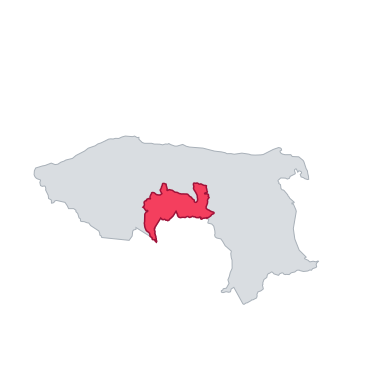 Ucayali highlighted on a map of Peru, rotated 122°
{"feature_id": "PER-583", "entity_name": "Ucayali", "entity_type": "Department", "adm_level": 1, "iso_a3": "PER", "parent_name": "Peru", "parent_adm1": "", "projection": "natural_earth1", "projection_center": [-73.422, -9.375], "detail": "fine", "context": "in_parent", "style": "filled", "palette": "rose", "viewbox_px": 384, "rotation_deg": 122, "n_neighbors": 0, "source": "natural_earth", "source_scale": "10m", "svg_char_len": 9427}
<svg xmlns="http://www.w3.org/2000/svg" viewBox="0 0 384 384"><g transform="rotate(122 192 192)"><path d="M261.3,113.2L261.2,114.2L260.1,114.8L259.0,114.0L257.5,114.2L255.3,111.9L249.8,112.2L247.5,115.0L243.9,115.6L240.0,116.9L235.5,117.5L228.6,121.9L227.0,123.8L223.8,126.4L221.3,127.3L220.0,135.4L217.5,140.1L216.5,142.7L217.9,146.6L217.8,148.6L216.4,150.1L215.3,150.3L212.9,152.0L209.4,155.5L208.7,158.3L209.9,161.9L209.5,162.4L206.5,163.1L206.6,165.1L206.0,165.9L208.5,168.8L209.9,169.5L210.0,170.2L209.7,170.9L209.2,171.2L209.1,171.9L210.9,174.1L212.2,178.4L214.8,180.5L214.8,181.9L215.6,183.3L216.9,184.3L220.1,188.7L220.1,190.7L216.9,195.3L222.2,195.3L228.2,196.9L229.0,197.6L229.7,199.7L229.8,201.1L231.0,202.2L230.9,204.7L238.7,204.7L243.7,204.1L251.9,196.4L253.3,195.7L252.6,197.4L252.5,198.6L252.9,199.9L251.9,201.8L251.8,220.7L253.3,219.7L255.2,221.4L256.6,221.5L261.1,219.4L266.3,219.7L278.4,244.4L277.3,246.0L277.4,247.3L275.9,248.4L274.4,250.4L274.2,260.2L273.0,263.1L273.7,264.7L274.3,267.8L275.4,269.7L275.7,270.8L275.6,271.3L273.9,272.4L273.8,274.1L270.7,277.6L270.2,280.0L269.0,280.8L268.8,283.5L271.5,287.8L269.8,290.4L268.1,294.2L270.9,302.3L272.0,303.5L273.2,303.4L275.0,304.1L275.9,305.3L273.7,306.8L273.3,307.5L273.5,310.2L271.0,312.2L267.8,317.3L266.9,317.5L265.3,319.0L265.0,319.8L265.2,320.5L266.6,322.0L266.8,323.9L264.4,326.2L262.8,326.4L262.1,327.0L262.8,330.2L262.8,331.6L262.3,333.2L261.1,335.0L257.6,336.9L254.5,337.3L249.1,332.6L247.4,330.7L242.1,326.7L241.3,322.6L239.5,320.5L236.2,319.0L233.6,316.9L231.7,315.9L226.9,311.2L222.4,309.7L214.2,304.8L209.8,303.2L204.1,298.6L201.1,297.3L198.6,295.2L191.2,290.6L190.0,289.1L188.8,286.9L187.2,285.5L185.3,282.4L182.5,280.6L179.9,278.2L176.6,271.8L175.0,270.3L174.9,267.3L173.8,266.0L175.4,265.0L176.4,260.5L175.9,258.2L172.1,252.0L171.4,249.5L168.6,244.8L167.6,241.9L165.3,239.9L164.4,238.1L163.2,237.3L163.1,235.2L162.2,231.0L161.0,229.0L156.6,225.1L156.2,220.9L155.2,217.9L149.0,206.0L145.4,194.6L142.4,188.3L141.1,184.6L141.0,182.7L138.8,179.3L137.6,176.2L132.6,170.3L129.7,163.7L129.3,161.7L127.3,158.1L124.1,153.4L122.5,151.5L112.9,145.7L108.4,142.1L107.8,140.3L108.0,139.2L109.0,138.2L110.4,139.0L111.2,138.7L111.9,137.4L111.9,135.4L111.1,132.9L108.0,128.0L108.8,125.8L105.6,120.1L106.3,114.6L107.0,113.2L111.7,107.6L113.0,105.2L114.9,103.7L117.0,101.5L119.4,99.8L120.1,100.4L120.9,103.3L120.8,105.3L121.4,107.5L119.7,109.6L117.9,109.1L117.2,109.6L116.9,110.6L117.2,112.1L117.7,112.7L119.1,112.8L117.2,115.7L117.4,116.3L118.7,116.8L119.9,116.1L121.2,114.4L122.0,114.2L126.7,117.0L128.9,116.7L130.5,118.0L130.7,120.1L133.1,124.2L136.6,125.2L137.2,124.8L137.9,123.3L138.7,123.1L138.9,120.8L141.9,118.4L142.4,116.7L141.9,115.6L142.0,114.6L143.7,109.3L144.3,108.7L144.8,107.0L145.5,105.9L146.5,99.9L147.4,99.9L148.2,101.4L149.1,101.0L148.6,99.7L148.8,99.2L152.1,94.4L153.2,93.3L169.3,86.7L177.4,79.9L184.5,70.3L186.7,60.7L187.6,61.4L188.9,61.2L188.4,57.3L188.8,55.4L188.7,54.9L186.5,52.6L185.6,50.0L183.7,48.6L183.8,48.0L185.8,48.6L187.7,48.3L189.3,46.7L190.4,46.9L193.1,49.1L195.0,49.2L195.7,50.8L197.6,51.9L200.3,55.3L201.5,58.9L201.4,59.6L202.7,61.5L205.3,62.4L207.9,65.0L210.6,65.9L211.8,68.3L212.6,69.1L213.0,70.4L212.5,72.1L212.9,72.9L214.9,74.3L216.7,74.4L217.0,75.1L218.0,79.1L217.4,81.1L217.6,82.2L219.9,83.2L220.5,84.0L222.3,84.2L224.9,83.3L228.0,84.6L230.4,84.1L231.6,83.8L232.7,82.9L233.6,83.0L236.1,80.4L236.8,80.2L239.5,81.3L241.7,83.1L244.4,82.7L245.6,81.7L247.6,81.1L251.2,83.2L251.9,84.2L252.9,84.4L256.8,86.5L257.5,87.4L259.5,88.2L259.9,88.9L259.8,89.7L250.7,106.0L253.5,107.4L256.2,106.5L257.5,107.6L258.5,110.3L260.6,112.0L261.3,113.2Z" fill="#d9dde1" stroke="#a8b0b8" stroke-width="1"/><path d="M206.3,165.4L205.8,165.7L205.9,165.9L206.5,166.3L208.3,168.5L208.6,168.8L209.1,169.0L209.6,169.2L210.0,169.5L210.1,170.2L210.0,170.8L209.5,171.1L209.1,170.9L208.9,170.9L208.8,171.2L209.0,172.0L209.5,172.5L210.1,172.8L210.6,173.1L210.8,173.6L210.9,174.0L211.4,174.7L211.5,175.1L211.5,175.4L211.4,176.0L211.5,176.3L211.6,176.6L212.0,177.2L212.2,177.6L212.2,178.3L212.3,178.6L212.5,178.8L213.6,179.5L213.8,179.6L214.0,180.0L214.5,180.2L214.7,180.3L214.8,180.5L214.9,180.8L215.0,181.1L214.8,181.8L214.8,182.1L214.9,182.4L215.5,183.3L215.8,183.5L216.0,183.7L216.8,183.9L217.1,184.1L217.3,184.3L217.5,184.6L217.7,185.3L218.8,187.1L219.0,187.3L219.5,187.7L219.7,187.9L220.0,188.5L220.1,188.8L220.3,190.1L220.2,190.6L220.1,190.9L219.9,191.1L219.3,191.7L219.3,192.1L219.2,192.3L218.6,192.5L218.3,192.9L218.1,193.4L217.8,193.9L217.1,194.7L216.8,195.3L222.3,195.3L223.9,195.7L224.1,195.8L224.4,195.7L224.7,195.8L225.2,196.0L225.8,196.3L226.0,196.4L226.7,196.5L227.5,196.4L227.8,196.5L228.0,196.6L228.4,197.0L228.6,197.2L229.1,197.2L229.2,197.3L229.2,198.0L229.2,198.3L229.3,198.6L229.7,199.1L229.8,199.4L229.7,199.7L229.6,200.3L229.7,200.9L230.7,201.6L231.0,202.2L231.1,202.7L231.2,202.9L231.1,203.0L230.9,203.3L230.8,203.5L230.8,204.4L230.7,204.7L241.6,204.7L241.9,204.7L242.0,204.5L242.2,204.3L242.3,204.3L242.5,204.4L242.7,204.5L242.9,204.5L243.2,204.4L243.6,203.9L244.3,203.7L244.5,203.4L244.6,203.0L244.8,202.7L245.0,202.5L245.9,202.0L246.8,201.7L247.0,201.5L247.1,201.3L247.3,200.9L247.4,200.7L248.1,200.2L248.5,199.5L248.7,199.2L249.4,198.8L249.6,198.6L250.2,198.0L250.4,197.7L251.3,197.1L251.6,196.8L252.1,196.2L252.4,195.9L252.6,195.7L252.9,195.7L253.5,195.6L253.5,195.8L253.3,196.1L253.3,196.4L253.2,196.6L253.1,197.0L252.9,197.0L252.7,197.4L252.9,197.7L252.8,197.8L252.5,197.7L252.1,197.7L252.2,198.0L252.3,198.6L252.4,198.8L252.6,199.1L253.0,199.5L253.2,200.0L253.2,200.3L253.1,200.6L252.9,200.9L252.9,201.1L252.7,201.2L252.2,201.3L252.1,201.5L251.9,202.3L251.9,203.9L250.1,205.5L249.7,205.9L249.5,206.2L249.2,207.3L249.1,209.5L248.9,210.0L248.8,210.6L248.3,211.3L247.0,213.1L246.7,213.4L246.5,213.6L245.6,214.4L244.9,214.9L244.1,215.6L243.6,216.0L243.3,216.1L242.2,216.5L236.1,220.1L235.7,220.3L233.8,220.3L233.4,220.3L233.3,220.2L232.7,219.7L232.2,219.5L231.7,219.4L231.5,219.6L231.3,219.7L231.3,220.1L232.1,221.1L232.2,221.4L232.2,221.6L232.1,221.8L231.1,223.9L231.0,224.3L230.9,224.6L230.9,225.1L230.9,225.5L230.6,225.4L230.3,225.3L230.0,225.5L229.8,225.5L229.4,225.2L229.2,225.2L228.2,225.5L227.7,225.8L226.9,226.6L226.5,226.8L226.1,227.2L225.9,227.2L225.4,227.3L224.9,227.2L224.7,227.1L224.2,226.8L224.1,226.7L223.9,226.7L223.6,226.2L223.3,226.1L222.9,226.4L222.7,226.4L222.1,226.4L221.9,226.3L221.6,226.0L221.5,225.9L220.9,225.7L220.6,225.4L220.5,224.9L220.2,224.4L220.0,223.9L219.9,223.8L219.8,223.7L219.7,223.7L219.6,223.8L219.1,224.6L218.8,224.8L218.4,225.0L217.9,225.2L216.1,225.5L215.1,225.5L214.8,225.5L214.2,225.8L213.8,225.7L213.5,225.4L213.2,225.0L213.0,224.6L212.7,223.6L212.7,223.3L213.0,221.2L213.0,220.6L212.9,220.5L212.5,219.3L212.0,218.4L211.5,217.6L211.3,217.4L210.9,217.2L210.1,217.0L209.9,216.8L209.6,216.7L209.4,216.7L209.2,216.8L208.7,217.9L207.6,219.6L207.3,219.9L207.1,220.0L206.9,220.1L206.4,220.1L205.8,220.0L205.6,220.1L205.0,220.2L204.6,220.2L203.9,220.5L203.6,220.6L203.4,220.7L203.1,220.7L202.3,220.7L202.1,220.7L201.4,221.1L200.8,221.3L200.4,221.3L200.2,221.2L199.6,220.4L199.5,220.2L199.4,219.6L199.1,218.1L199.7,217.7L200.4,217.0L201.2,216.1L201.5,215.8L202.1,215.1L202.3,214.9L202.9,214.5L203.5,214.3L203.7,214.2L203.8,214.0L203.8,213.8L203.6,213.5L203.4,213.3L203.2,213.2L202.3,212.8L202.1,212.7L201.8,211.8L201.6,211.1L201.5,210.9L201.0,209.6L201.0,209.2L201.2,206.8L201.1,206.4L201.0,206.0L200.3,204.6L200.1,203.9L200.1,203.3L200.1,202.7L200.1,202.2L199.5,200.6L199.2,199.8L199.1,199.5L198.7,199.1L196.9,196.0L196.7,195.7L196.5,195.4L196.3,194.7L196.2,194.5L196.2,194.3L196.4,193.6L196.8,192.2L196.9,191.5L196.9,190.9L196.8,190.2L196.8,189.9L196.9,189.5L197.1,189.1L197.5,188.2L197.6,187.7L197.6,186.1L197.7,185.8L197.8,185.7L198.7,185.1L199.0,184.9L199.1,184.6L199.1,184.3L199.0,183.9L198.9,183.5L198.8,183.3L198.6,183.1L198.4,182.9L198.2,182.9L196.8,182.7L196.5,182.8L196.1,182.9L195.1,183.4L194.9,183.5L193.7,184.7L192.9,185.2L192.5,185.4L191.9,186.2L191.4,186.9L190.6,188.3L190.3,188.8L190.1,189.2L189.9,189.7L189.5,190.3L189.4,190.6L189.2,191.2L189.1,191.4L188.7,191.9L188.4,192.4L188.2,192.6L187.9,192.8L187.3,193.0L187.0,193.1L186.6,193.2L186.5,193.3L184.8,194.9L184.3,195.1L184.0,195.2L183.6,195.2L183.4,195.0L183.2,194.8L182.6,193.4L182.3,193.0L181.8,192.7L181.7,192.5L181.6,192.2L181.5,191.7L181.5,191.4L181.6,190.8L181.5,190.2L181.2,189.5L181.0,189.3L180.9,189.1L180.5,188.9L180.4,188.7L180.1,185.8L180.1,185.6L180.0,185.3L179.4,184.2L179.2,183.8L179.1,183.1L180.5,182.4L181.0,181.9L181.5,181.3L181.9,180.9L182.8,180.2L183.1,179.9L183.4,179.4L183.6,179.1L183.9,179.0L184.2,179.0L184.4,179.0L184.6,179.2L185.7,180.3L185.9,180.4L186.2,180.5L186.5,180.5L186.7,180.4L186.8,180.2L186.7,179.9L186.6,179.7L185.9,178.8L185.7,178.4L185.6,178.1L185.4,177.5L185.4,177.2L185.5,176.9L185.6,176.6L185.8,176.4L186.1,176.2L186.4,176.1L186.9,176.1L187.0,176.0L187.2,175.8L187.3,175.1L187.5,174.8L187.6,174.6L187.8,174.5L188.2,174.8L189.9,174.7L190.5,174.6L191.2,174.3L191.9,173.6L192.4,173.4L193.5,172.9L196.6,172.3L197.0,172.2L197.8,171.7L198.1,171.5L198.3,171.3L198.4,171.0L198.5,170.8L198.5,170.5L198.6,169.1L198.3,167.7L198.4,166.7L198.4,166.1L198.0,164.0L197.7,163.1L197.7,162.8L197.9,162.4L198.0,162.2L198.4,162.1L199.0,162.2L200.3,163.1L200.9,163.4L201.8,163.4L202.2,163.4L202.9,163.7L205.1,164.6L205.8,165.0L206.3,165.4Z" fill="#f43f5e" stroke="#9f1239" stroke-width="1.5"/></g></svg>